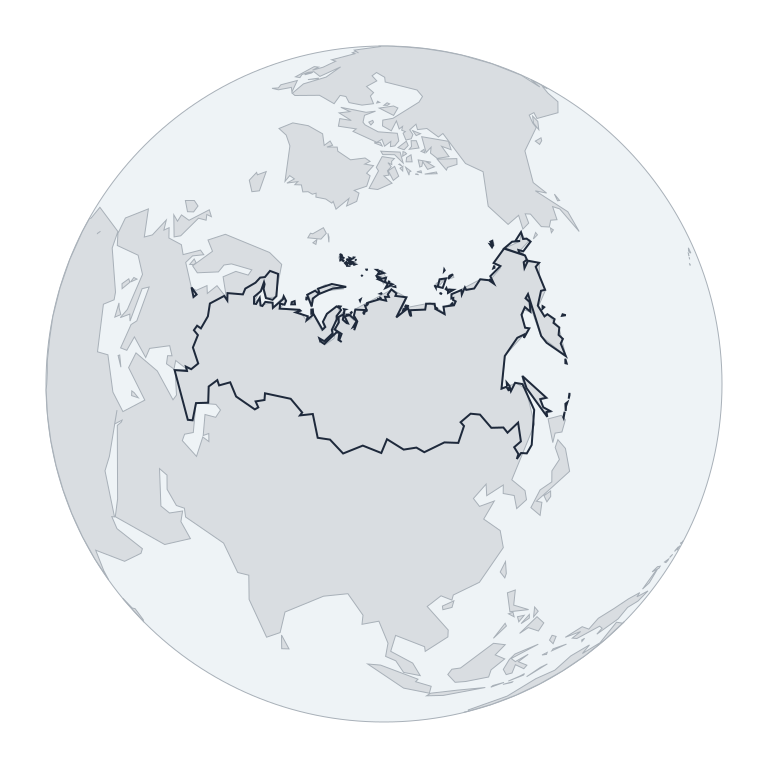 Russia on an orthographic globe
{"feature_id": "RUS", "entity_name": "Russia", "entity_type": "country or territory", "adm_level": 0, "iso_a3": "RUS", "parent_name": "Europe", "parent_adm1": "", "projection": "orthographic", "projection_center": [98.07, 61.527], "detail": "fine", "context": "on_globe", "style": "outline", "palette": "slate", "viewbox_px": 768, "rotation_deg": 0, "n_neighbors": 0, "source": "natural_earth", "source_scale": "50m", "svg_char_len": 17938}
<svg xmlns="http://www.w3.org/2000/svg" viewBox="0 0 768 768"><circle cx="384" cy="384" r="338" fill="#eef3f6" stroke="#a8b0b8"/><path d="M521.4,75.3L539.8,87.0L531.0,79.7L539.5,84.0L547.5,88.8L542.3,86.3L547.9,93.1L557.9,101.7L558.0,112.7L537.0,118.5L533.9,112.6L529.2,115.1L532.7,123.0L536.2,127.6L524.9,150.9L533.2,182.6L546.6,193.1L535.3,190.8L567.8,211.7L579.2,231.5L559.7,208.9L552.6,206.6L557.0,219.7L550.7,220.2L549.3,227.0L541.3,226.6L530.5,214.1L525.2,213.8L528.7,223.1L522.9,229.1L518.6,215.3L508.1,224.4L488.2,206.2L483.1,171.7L465.5,163.5L442.9,133.5L438.4,137.0L426.9,128.5L417.5,129.6L416.0,124.2L409.7,129.8L412.9,134.6L411.2,138.8L405.9,140.0L403.1,133.2L405.3,131.6L401.7,130.2L402.6,126.4L399.2,129.0L396.4,120.9L391.3,130.8L382.5,125.9L382.8,120.1L393.0,118.3L419.0,102.1L422.5,96.5L417.0,90.0L385.2,82.0L384.7,77.3L376.5,72.5L372.1,75.8L376.8,80.9L366.5,86.5L373.6,92.6L370.4,96.0L373.5,103.7L362.0,105.1L349.1,102.6L345.9,96.5L340.1,95.4L334.1,103.7L319.5,95.3L294.9,95.5L292.3,93.3L303.4,83.9L326.1,77.1L340.6,66.9L319.9,76.4L313.9,71.7L308.2,72.3L302.0,74.5L299.9,77.6L295.5,76.8L314.2,66.6L318.5,67.1L312.5,70.2L323.1,67.2L335.7,61.2L331.6,59.8L354.9,53.7L352.3,52.8L355.9,51.3L358.5,53.0L354.3,50.1L381.0,46.5L378.5,46.1L387.7,46.1L393.1,46.3L406.7,47.1L423.0,48.5L422.4,48.3L444.6,51.7L461.8,55.2L492.0,63.8L521.4,75.3ZM690.9,253.2L688.6,251.1L688.4,247.8L690.9,253.2ZM688.2,253.0L688.8,253.0L688.6,253.6L688.2,253.0ZM688.7,255.5L688.4,253.7L689.1,256.1L688.7,255.5ZM689.7,259.4L689.1,257.2L689.3,257.6L689.7,259.4ZM690.2,264.5L690.2,265.6L689.3,263.3L690.2,264.5ZM538.8,129.7L533.5,123.1L532.6,116.1L537.8,121.4L538.8,129.7ZM539.6,144.4L535.3,141.1L541.0,137.8L541.7,140.7L539.6,144.4ZM557.6,200.8L554.4,194.1L559.6,200.5L557.6,200.8ZM550.5,228.0L553.4,229.9L551.4,232.7L550.5,228.0ZM379.7,102.4L376.7,103.0L377.6,101.2L379.7,102.4ZM383.9,105.3L387.1,102.8L389.6,103.9L387.5,105.3L383.9,105.3ZM537.4,234.8L533.3,239.0L535.6,232.5L537.4,234.8ZM379.2,108.1L393.6,106.0L397.9,108.0L393.6,115.4L379.2,108.1ZM529.7,240.0L519.9,250.8L525.5,255.7L504.1,248.6L519.5,241.5L521.5,232.6L524.5,238.8L529.7,240.0ZM416.2,135.6L412.6,130.6L420.5,133.7L416.2,135.6ZM421.7,136.7L448.4,141.3L451.1,149.7L441.6,146.3L449.0,156.6L437.2,158.4L430.5,153.1L431.1,147.2L426.1,152.5L421.7,136.7ZM493.8,243.2L489.9,244.2L492.0,240.8L493.8,243.2ZM411.1,140.7L416.3,140.7L419.0,148.0L409.2,149.3L411.5,146.5L411.1,140.7ZM456.8,158.6L457.0,164.4L447.5,167.4L446.4,170.1L437.2,159.2L456.8,158.6ZM408.2,145.5L404.1,149.8L398.0,147.6L406.3,141.2L408.2,145.5ZM423.9,149.4L424.7,152.9L421.0,151.3L423.9,149.4ZM374.1,142.8L380.2,142.3L382.2,146.0L374.1,142.8ZM403.0,151.6L405.1,152.3L406.6,153.8L402.7,156.2L403.0,151.6ZM431.1,162.2L427.1,162.3L434.4,166.8L427.6,169.4L422.7,161.7L421.9,166.2L419.8,167.0L418.2,159.9L431.1,162.2ZM403.2,163.1L394.6,154.7L382.8,154.6L380.8,151.2L400.1,152.1L403.2,163.1ZM412.1,161.8L406.1,161.8L406.6,157.5L411.0,154.8L412.1,161.8ZM424.7,174.1L436.4,172.0L437.1,173.7L424.7,174.1ZM399.7,163.9L401.8,165.9L398.8,164.4L399.7,163.9ZM416.9,171.8L421.0,170.8L421.6,172.8L416.9,171.8ZM402.7,171.0L400.0,168.2L402.9,166.2L402.7,171.0ZM409.2,172.1L409.1,175.2L405.6,167.2L410.9,171.2L409.2,172.1ZM416.9,173.9L418.6,174.8L415.1,174.1L416.9,173.9ZM393.3,180.4L388.2,170.8L394.6,166.4L398.7,176.2L393.3,180.4ZM82.2,231.9L89.5,218.5L91.1,218.1L99.9,207.3L117.9,231.5L112.2,248.0L115.5,292.2L114.1,299.8L103.4,304.2L97.5,351.8L107.9,354.8L112.9,392.1L122.9,411.6L144.8,400.1L128.6,367.6L136.0,352.9L157.3,371.0L173.0,399.8L176.5,395.1L175.1,369.7L187.5,369.7L175.7,360.5L174.0,369.1L166.5,363.8L167.6,355.7L172.0,355.8L169.7,345.7L149.6,348.4L145.7,357.5L134.4,336.9L126.8,350.3L120.6,347.9L131.1,324.5L136.8,320.9L149.1,287.0L142.1,288.7L130.0,321.1L129.8,314.1L120.3,317.6L127.4,309.4L142.5,274.4L138.1,255.2L117.3,245.5L117.9,233.5L125.4,218.0L148.4,208.9L144.3,237.0L152.4,234.9L166.3,220.0L163.9,230.1L169.1,227.7L168.9,238.0L181.4,244.7L183.1,254.6L200.5,250.1L203.8,254.7L192.5,255.9L185.7,262.4L191.4,287.7L196.2,290.4L207.0,285.6L207.3,293.5L217.0,285.7L226.4,297.7L223.1,276.8L235.8,271.4L248.2,275.1L251.8,269.8L231.5,263.9L224.0,265.0L218.4,271.9L197.3,272.8L192.6,265.8L212.5,251.3L208.0,240.0L225.4,234.3L269.6,252.5L281.7,264.4L275.3,297.2L265.3,297.8L262.6,286.1L253.7,302.7L259.9,298.6L260.1,305.4L272.2,302.6L272.9,307.4L283.3,296.9L285.6,302.4L278.9,309.0L298.8,310.4L306.8,320.8L310.9,318.9L313.1,313.9L321.8,330.9L324.5,328.8L322.7,322.4L326.8,314.1L337.5,306.3L339.9,312.6L336.4,316.3L332.6,333.7L322.8,343.0L324.9,344.8L334.0,338.4L338.6,316.9L344.4,310.5L343.6,320.7L344.3,316.5L348.0,315.3L353.8,320.2L355.3,309.1L391.9,289.5L406.9,297.6L402.1,308.4L430.2,303.0L444.9,313.6L443.2,307.5L455.5,301.5L451.1,298.1L451.2,294.7L480.8,279.1L489.6,280.7L500.4,268.1L499.6,265.1L493.6,263.1L504.1,248.6L525.5,255.7L526.4,262.0L539.2,262.6L539.4,277.3L545.5,290.1L538.3,306.6L543.8,315.7L548.2,314.9L558.9,327.1L565.7,355.8L540.8,335.9L526.7,295.8L530.8,312.2L524.1,309.7L522.0,316.4L525.3,328.2L529.3,328.7L505.0,355.5L501.6,389.4L515.9,382.9L525.9,389.0L534.5,424.4L511.8,479.8L525.0,490.6L526.5,499.7L516.7,508.6L514.2,495.5L503.2,493.5L503.3,485.0L486.7,495.7L486.1,484.1L473.4,498.5L479.5,506.4L494.3,501.0L483.7,519.1L500.2,530.6L503.3,547.6L479.4,582.3L453.3,595.0L451.9,600.1L441.0,595.8L427.2,606.5L448.2,630.0L447.9,636.9L425.2,651.4L424.6,646.7L395.6,635.4L390.7,651.3L412.7,663.1L420.2,675.6L403.6,672.4L395.8,660.8L385.6,656.4L388.0,643.2L378.9,621.2L362.0,624.3L363.0,615.2L347.9,593.7L323.5,596.2L285.0,612.0L280.1,632.6L266.6,637.2L249.1,599.4L248.8,575.2L237.7,572.5L223.6,543.1L185.6,517.0L184.4,508.2L176.4,505.5L167.1,489.3L167.0,475.1L159.5,468.6L160.9,506.0L169.5,513.0L182.6,511.0L180.9,521.6L190.4,538.6L164.7,544.5L115.3,516.7L117.6,498.9L117.3,425.4L121.3,422.1L121.6,421.4L122.1,420.1L114.6,424.0L117.0,410.1L109.4,456.3L105.0,470.8L114.5,516.9L111.8,516.6L117.0,528.7L142.4,548.7L141.0,553.3L124.6,561.3L95.7,550.2L103.7,570.5L108.7,579.9L94.7,558.7L82.4,536.5L71.8,513.4L63.0,489.6L56.0,465.2L50.8,440.4L47.5,415.2L46.1,389.9L46.7,384.3L47.3,372.8L47.3,360.8L48.8,347.1L49.6,338.8L52.8,316.8L60.1,287.7L69.9,259.3L82.2,231.9ZM100.5,231.3L97.4,233.4L97.4,233.5L100.5,231.3ZM182.3,440.6L196.5,456.4L202.8,437.0L208.9,441.6L208.8,433.5L203.2,435.5L205.0,414.5L215.7,417.3L220.5,410.0L215.9,404.4L196.0,402.8L193.3,432.5L184.6,434.2L182.3,440.6ZM312.8,72.3L311.2,73.1L304.7,74.8L307.3,73.0L312.8,72.3ZM278.4,89.8L272.0,88.3L278.4,87.9L280.8,84.8L297.3,80.5L291.9,92.1L291.4,87.4L278.4,89.8ZM317.7,78.7L307.9,79.6L318.8,78.1L317.7,78.7ZM198.0,206.0L193.6,211.9L187.5,211.7L185.4,200.5L194.3,200.5L198.0,206.0ZM189.0,220.3L209.3,209.8L211.4,216.7L206.8,214.5L206.1,220.2L198.5,218.2L180.7,235.8L174.1,236.9L173.8,214.8L177.5,221.2L181.5,214.9L189.0,220.3ZM257.4,174.8L266.2,171.6L259.4,190.8L251.9,191.7L249.3,180.2L256.6,172.4L257.4,174.8ZM368.8,122.1L372.7,120.4L373.5,122.2L370.9,125.0L368.8,122.1ZM376.8,142.3L353.0,131.4L356.2,128.9L338.4,126.2L339.8,118.6L351.3,120.5L339.1,112.9L350.0,111.6L340.8,107.3L366.1,112.3L375.5,111.2L364.5,115.3L363.0,122.2L365.1,124.9L378.1,131.8L397.3,133.3L398.8,140.9L394.8,145.9L390.4,146.6L390.8,141.4L384.6,146.2L381.9,139.3L376.8,142.3ZM346.6,206.0L348.9,198.5L336.0,209.2L333.2,201.4L331.8,203.1L325.7,199.0L315.9,197.1L316.1,193.2L312.3,194.2L308.1,191.7L302.8,191.9L301.4,184.9L294.8,184.7L297.8,181.6L286.9,183.1L294.4,178.9L289.7,175.6L285.0,181.4L289.9,145.9L286.2,135.1L279.0,128.5L292.8,122.9L308.3,125.7L322.6,133.8L324.2,145.4L330.1,141.0L332.6,145.3L326.9,147.0L337.2,147.1L337.8,151.2L350.5,159.8L365.1,158.0L370.1,161.4L364.7,164.1L373.5,165.6L366.6,173.2L370.1,175.8L366.7,186.2L354.2,190.4L359.0,193.1L356.7,201.4L346.6,206.0ZM392.0,183.2L377.7,189.5L369.1,188.4L378.5,170.9L376.3,167.4L382.1,156.6L394.4,158.5L391.6,161.3L391.8,164.6L387.9,162.7L391.2,166.7L387.4,170.8L389.0,175.1L383.9,175.9L392.0,183.2ZM119.0,302.9L119.1,307.9L120.8,314.6L114.8,317.1L119.0,302.9ZM128.8,278.8L129.8,282.3L122.1,288.7L122.0,283.7L128.8,278.8ZM137.0,279.1L130.5,282.0L133.9,277.5L137.0,279.1ZM194.2,259.0L196.1,262.7L193.8,264.6L189.7,264.4L194.2,259.0ZM307.8,237.8L310.5,233.2L312.7,233.8L323.4,227.7L326.3,233.3L321.0,239.1L307.8,237.8ZM138.3,397.8L131.6,395.6L131.8,390.9L134.1,392.6L138.3,397.8ZM119.7,355.0L120.9,367.2L118.1,355.5L119.7,355.0ZM312.9,242.8L316.9,239.6L315.9,244.4L312.9,242.8ZM329.0,237.1L328.9,242.3L327.9,233.3L329.0,237.1ZM123.8,599.7L122.8,598.2L132.2,608.0L135.1,608.7L143.2,619.6L143.5,621.4L123.8,599.7ZM502.9,684.4L512.5,681.8L512.0,682.4L502.9,684.4ZM492.9,685.5L504.0,682.4L490.8,687.2L492.9,685.5ZM508.3,681.1L519.6,676.2L524.5,673.6L523.5,675.1L508.3,681.1ZM485.3,687.5L443.3,695.4L426.6,695.8L430.7,693.2L457.8,690.1L485.3,687.5ZM429.3,693.2L403.6,688.1L367.7,664.0L380.6,665.1L418.0,679.2L415.6,681.7L431.2,686.3L429.3,693.2ZM491.1,669.8L488.6,677.0L465.6,681.5L455.1,682.3L447.8,674.5L451.9,669.2L460.5,668.0L493.5,643.3L505.2,644.7L495.2,654.9L504.7,658.9L491.1,669.8ZM281.5,635.0L289.0,648.9L281.7,648.7L281.5,635.0ZM506.4,626.0L493.4,638.3L505.1,623.3L506.4,626.0ZM513.0,612.3L514.1,616.8L508.5,613.8L513.0,612.3ZM452.0,607.4L442.9,609.7L442.4,606.1L453.9,600.8L452.0,607.4ZM505.5,561.6L506.3,573.5L504.8,577.9L500.2,572.0L505.5,561.6ZM343.9,288.8L325.8,290.8L314.7,296.6L311.5,306.5L308.2,293.8L325.3,284.8L343.9,288.8ZM385.7,288.6L388.4,280.5L392.4,283.7L392.4,286.0L385.7,288.6ZM383.6,283.9L377.2,274.7L382.1,269.9L386.2,278.1L383.6,283.9ZM344.4,258.0L338.8,258.1L339.7,254.1L344.4,258.0ZM465.7,711.9L463.9,712.2L468.3,711.2L468.3,709.9L507.2,696.1L535.8,678.7L554.8,670.2L570.8,655.9L589.5,644.9L582.4,653.5L600.0,642.8L616.5,622.2L622.7,623.2L624.5,621.4L605.2,639.4L584.6,656.0L562.7,670.8L539.7,683.9L515.8,695.2L491.1,704.5L465.7,711.9ZM681.4,543.8L682.8,541.1L683.1,540.7L681.4,543.8ZM526.6,676.7L540.3,667.4L547.4,663.9L526.6,676.7ZM680.1,545.5L677.0,550.4L677.5,549.2L680.1,545.5ZM680.7,543.5L680.6,543.0L681.9,542.2L680.7,543.5ZM675.1,550.5L678.6,546.5L674.6,551.5L675.1,550.5ZM672.7,554.3L669.9,557.4L670.1,556.8L672.7,554.3ZM636.9,596.8L648.0,590.9L638.2,600.9L627.6,607.4L618.0,619.0L596.8,634.2L602.1,628.2L599.6,626.2L576.9,638.5L572.3,638.1L580.7,631.5L565.3,637.3L582.2,626.7L588.8,629.1L598.3,618.3L613.9,608.6L628.6,598.8L639.8,592.6L636.9,596.8ZM581.7,640.0L584.6,638.3L581.9,641.5L581.7,640.0ZM664.5,562.0L668.6,559.0L668.0,560.3L665.9,562.6L664.5,562.0ZM642.5,589.1L654.8,572.1L657.5,569.1L649.3,582.8L642.5,589.1ZM652.1,571.9L657.5,566.7L660.2,566.2L659.0,568.2L652.1,571.9ZM547.2,652.4L546.5,654.4L542.0,655.0L547.2,652.4ZM553.1,648.8L566.5,644.1L551.8,650.8L553.1,648.8ZM511.2,658.5L515.3,661.6L528.2,654.3L518.3,661.7L526.9,665.2L523.8,668.7L515.4,664.7L512.0,673.0L506.2,674.6L503.3,669.4L509.3,659.5L515.0,654.0L538.3,644.2L511.2,658.5ZM553.1,643.7L549.5,640.1L552.1,635.3L556.1,636.4L553.1,643.7ZM538.4,631.0L528.3,627.6L519.6,633.4L537.0,616.7L543.8,622.9L538.4,631.0ZM529.3,618.1L521.1,623.6L529.3,614.5L529.3,618.1ZM518.8,621.8L517.5,616.7L524.2,615.3L518.8,621.8ZM533.6,616.8L534.6,607.0L538.2,611.2L533.6,616.8ZM513.7,605.1L528.6,609.6L509.9,611.7L507.4,592.8L515.3,590.0L513.7,605.1ZM546.9,501.8L544.0,495.7L550.6,491.0L550.7,496.5L546.9,501.8ZM569.6,471.3L551.4,487.8L536.4,501.2L541.9,502.3L540.1,515.4L530.9,507.6L540.1,489.9L551.8,481.9L551.9,470.9L559.4,459.5L555.2,447.4L557.9,439.7L565.4,448.4L569.6,471.3ZM552.8,442.6L548.1,418.9L561.3,415.4L565.4,419.8L561.9,432.0L555.1,433.1L552.8,442.6ZM550.8,412.3L544.2,413.2L523.3,383.4L522.2,376.3L545.1,396.5L540.1,398.6L542.9,406.7L550.8,412.3ZM492.0,247.2L490.1,244.4L493.9,245.5L492.0,247.2ZM448.5,293.0L449.3,288.7L453.7,289.9L448.5,293.0ZM453.8,277.4L448.3,279.1L453.2,274.7L453.8,277.4ZM436.1,283.4L445.6,278.5L438.0,287.0L436.1,283.4Z" fill="#d9dde1" stroke="#a8b0b8" stroke-width="1"/><path d="M521.1,453.0L516.8,459.0L518.4,454.0L514.2,447.2L520.9,441.4L518.1,422.6L507.5,432.7L503.4,427.5L491.3,427.8L480.0,414.6L470.6,413.7L460.6,422.2L464.0,426.0L458.3,442.9L444.4,442.4L424.3,452.2L416.4,447.6L403.7,449.6L387.0,439.2L381.3,453.0L362.8,445.6L343.1,453.5L330.0,439.6L317.7,437.8L312.8,414.0L300.0,415.4L302.2,412.5L290.7,398.8L265.0,393.3L264.5,400.0L255.6,401.4L258.3,407.4L254.8,409.4L236.1,396.5L230.2,382.3L219.1,385.4L217.3,380.1L208.7,386.5L208.2,402.7L196.0,403.1L192.6,420.3L187.8,419.8L174.6,370.1L187.0,371.0L185.9,366.6L191.2,369.2L198.2,363.5L192.9,347.5L197.9,335.1L193.9,330.2L197.1,325.7L200.9,328.4L207.9,316.3L209.9,303.5L224.2,295.9L227.3,300.5L227.5,293.1L242.9,294.4L245.3,288.6L255.5,282.7L260.2,277.6L264.9,277.1L270.0,270.9L278.1,273.9L276.4,296.1L272.6,299.8L266.0,298.1L263.6,288.8L264.6,284.2L264.0,282.1L260.9,291.1L254.1,296.8L254.0,303.7L256.1,304.0L259.7,297.9L260.6,305.5L262.4,306.0L265.3,301.9L272.6,302.7L272.9,307.9L282.9,299.3L283.7,296.3L286.1,300.9L284.5,304.7L280.1,303.6L279.7,308.6L299.5,309.8L300.5,310.7L295.8,312.4L307.8,316.3L306.7,320.2L313.7,314.3L322.5,329.6L325.3,327.0L322.9,321.8L326.9,313.8L336.5,306.4L339.6,308.1L341.1,310.1L336.6,316.0L336.8,319.3L331.8,329.9L332.6,333.3L324.3,341.2L319.3,338.3L320.3,341.3L324.3,344.0L336.5,332.4L339.4,332.7L338.4,339.8L341.7,342.0L339.2,340.2L341.6,333.9L334.6,329.5L338.8,322.5L338.6,317.0L343.4,314.4L344.5,310.7L342.8,319.7L346.7,323.1L348.0,323.4L344.6,316.4L349.7,315.1L356.6,321.0L353.2,326.9L355.3,325.7L354.2,330.2L357.3,321.4L353.9,315.7L355.3,309.6L365.8,310.1L363.5,312.3L363.4,313.0L364.6,314.5L363.7,312.6L366.8,310.7L365.0,305.5L366.7,305.4L367.9,303.9L367.4,302.9L378.4,299.6L377.2,298.7L386.1,300.7L385.0,296.8L388.9,296.9L387.8,294.3L391.4,289.4L396.4,293.4L395.4,295.9L406.4,297.3L396.3,317.4L405.0,310.5L403.0,310.5L403.6,309.1L408.2,308.7L409.9,314.8L410.5,315.7L411.1,315.6L410.3,310.2L425.2,309.6L426.1,303.7L434.6,303.8L435.2,307.3L437.8,308.8L434.5,308.4L444.6,314.1L443.5,306.7L454.0,305.3L455.7,301.4L453.1,300.0L453.3,298.0L451.4,298.5L451.5,294.2L461.3,290.1L461.8,294.5L464.9,287.4L466.2,289.9L474.2,288.5L480.2,279.3L488.8,280.2L494.0,283.8L490.3,276.2L500.4,266.1L493.6,263.0L504.0,248.6L525.0,255.5L526.9,259.6L523.7,262.2L524.5,268.1L528.0,260.7L539.1,262.8L535.7,266.8L545.1,289.8L541.0,290.8L537.8,305.6L544.5,316.4L547.4,314.2L554.6,319.2L553.5,322.9L559.3,327.5L558.6,334.9L562.9,338.9L560.7,343.5L565.8,356.1L546.6,342.8L541.2,336.0L528.0,294.0L525.5,298.3L529.8,302.1L530.4,311.7L524.9,307.1L521.5,314.7L525.1,327.7L529.3,328.3L524.0,337.9L524.2,334.5L517.3,337.8L504.8,356.0L501.5,388.6L506.4,386.8L508.9,390.9L508.6,388.3L509.7,386.8L510.9,391.2L515.1,382.8L522.5,384.1L534.2,409.9L531.7,444.9L526.8,453.4L521.1,453.0ZM504.3,248.3L512.1,241.7L520.1,241.0L515.4,240.9L521.0,232.1L523.1,239.0L526.6,238.6L530.6,241.6L523.3,251.3L518.4,250.0L519.2,252.8L525.0,255.5L504.3,248.3ZM346.2,286.9L332.8,288.5L319.8,293.7L318.0,288.7L331.8,284.0L346.2,286.9ZM522.4,376.0L546.4,397.8L540.2,399.2L543.3,407.3L550.4,411.1L546.5,412.0L547.3,416.9L526.6,388.2L522.4,376.0ZM315.1,290.7L319.1,293.9L312.8,298.5L311.7,306.5L307.2,294.8L315.1,290.7ZM437.7,286.7L439.6,279.3L446.0,278.4L442.7,287.9L437.7,286.7ZM378.6,279.5L386.0,277.7L385.1,280.9L386.1,282.7L378.6,279.5ZM379.7,271.0L383.8,273.0L377.5,274.6L379.7,271.0ZM389.3,280.9L389.0,283.3L392.5,284.4L385.5,287.9L389.3,280.9ZM448.2,278.9L449.5,275.8L452.9,274.3L448.2,278.9ZM191.5,287.4L196.6,294.5L193.5,297.0L191.5,287.4ZM342.0,257.2L344.4,258.2L339.5,256.4L342.0,257.2ZM448.1,289.6L453.4,289.8L448.0,292.9L448.1,289.6ZM493.0,245.3L490.4,241.7L492.3,240.8L493.0,245.3ZM295.0,304.3L291.3,304.3L291.7,302.2L294.6,301.1L295.0,304.3ZM346.5,259.1L348.9,259.6L349.0,261.2L346.5,259.1ZM352.4,263.3L350.1,264.6L349.3,263.0L350.6,262.1L352.4,263.3ZM354.0,264.8L352.7,263.5L355.3,264.3L354.0,264.8ZM313.2,313.4L311.3,313.7L311.3,309.6L312.8,309.4L313.2,313.4ZM379.6,277.3L377.8,278.4L376.8,276.6L379.6,277.3ZM349.4,257.8L351.9,258.9L350.1,259.6L349.4,257.8ZM493.0,245.3L492.0,247.3L490.0,244.4L493.0,245.3ZM341.6,254.8L342.3,256.5L339.9,254.1L341.6,254.8ZM340.4,306.8L337.6,306.1L340.6,306.5L340.4,306.8ZM408.0,305.9L407.5,307.8L405.2,306.8L405.8,305.5L408.0,305.9ZM494.3,265.5L494.5,267.8L493.3,268.3L494.3,265.5ZM347.7,263.6L347.2,262.2L348.5,264.0L347.7,263.6ZM350.5,260.0L350.0,261.7L349.5,260.0L350.5,260.0ZM567.4,402.2L566.0,406.3L565.7,411.0L565.4,403.8L567.4,402.2ZM346.0,262.2L345.7,263.9L344.9,263.0L346.0,262.2ZM349.7,314.5L347.3,315.0L346.9,314.6L349.7,314.5ZM544.2,307.2L542.5,308.8L542.6,306.2L544.2,307.2ZM446.4,288.0L447.0,290.0L445.7,289.1L446.4,288.0ZM506.7,382.5L508.7,384.9L507.0,385.2L506.7,382.5ZM565.3,358.7L566.7,363.5L565.4,363.2L565.3,358.7ZM344.2,261.2L342.9,260.8L343.0,260.2L344.2,261.2ZM352.2,311.6L351.1,313.3L350.8,312.7L352.2,311.6ZM435.8,286.1L435.8,287.6L434.5,285.3L435.8,286.1ZM563.3,417.3L564.7,411.7L563.6,418.0L563.3,417.3ZM377.7,269.9L377.7,270.7L376.6,269.9L377.7,269.9ZM307.4,297.9L306.2,300.2L306.4,297.7L307.4,297.9ZM352.7,262.0L351.8,262.2L351.4,261.6L352.7,262.0ZM367.9,269.5L366.5,269.8L366.4,269.6L367.9,269.5ZM562.6,314.3L565.8,315.2L562.0,315.8L562.6,314.3ZM490.4,280.3L489.9,280.6L489.2,279.2L490.4,280.3ZM569.5,395.1L568.7,398.7L569.5,392.9L569.5,395.1ZM353.7,257.8L352.6,257.3L354.0,257.5L353.7,257.8ZM341.4,260.1L340.3,260.4L340.3,259.9L341.4,260.1ZM356.4,260.2L355.6,260.0L355.3,259.4L356.4,260.2ZM347.7,265.9L347.0,265.9L346.9,265.4L347.7,265.9ZM380.2,297.8L381.5,298.8L380.1,298.2L380.2,297.8ZM361.2,275.0L362.3,275.9L362.5,276.3L361.2,275.0ZM382.0,292.9L381.1,293.9L380.3,293.7L382.0,292.9ZM345.4,309.5L344.2,310.0L343.9,309.2L345.4,309.5ZM321.3,339.8L320.2,340.7L320.1,339.1L321.3,339.8ZM441.0,293.3L441.8,294.2L439.6,293.1L441.0,293.3ZM360.6,299.4L360.1,300.9L359.7,300.0L360.6,299.4ZM452.2,303.3L452.7,304.2L451.4,304.3L452.2,303.3ZM366.0,304.2L367.2,303.9L367.3,304.2L366.0,304.2ZM395.3,286.3L395.4,287.0L394.1,286.7L395.3,286.3ZM341.3,259.4L340.6,259.6L340.7,258.9L341.3,259.4ZM444.7,270.3L444.1,271.0L444.3,269.6L444.7,270.3Z" fill="none" stroke="#1e293b" stroke-width="2"/></svg>